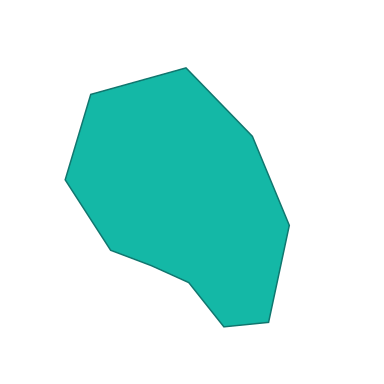 SVG path tracing the border of Gwangju, rotated 217°
{"feature_id": "KOR-2500", "entity_name": "Gwangju", "entity_type": "Metropolitan City", "adm_level": 1, "iso_a3": "KOR", "parent_name": "South Korea", "parent_adm1": "", "projection": "robinson", "projection_center": [126.912, 35.202], "detail": "fine", "context": "isolated", "style": "filled", "palette": "teal", "viewbox_px": 384, "rotation_deg": 217, "n_neighbors": 0, "source": "natural_earth", "source_scale": "10m", "svg_char_len": 298}
<svg xmlns="http://www.w3.org/2000/svg" viewBox="0 0 384 384"><g transform="rotate(217 192 192)"><path d="M221.9,96.5L300.6,125.4L331.6,209.0L271.5,287.5L177.3,272.8L94.2,223.9L52.4,134.0L85.4,103.5L140.1,117.7L180.2,108.7L221.9,96.5Z" fill="#14b8a6" stroke="#0f766e" stroke-width="1.5"/></g></svg>